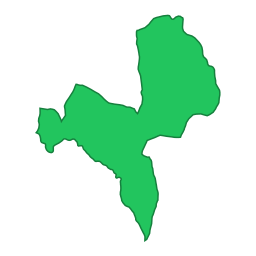 the district of Chongshing, Pemagatsel, Bhutan
{"feature_id": "84629894B45511376632903", "entity_name": "Chongshing", "entity_type": "district", "adm_level": 2, "iso_a3": "BTN", "parent_name": "Bhutan", "parent_adm1": "Pemagatsel", "projection": "equal_earth", "projection_center": [91.349, 26.998], "detail": "fine", "context": "isolated", "style": "filled", "palette": "green", "viewbox_px": 256, "rotation_deg": 0, "n_neighbors": 0, "source": "geoboundaries", "source_scale": "gbopen_adm2", "svg_char_len": 5049}
<svg xmlns="http://www.w3.org/2000/svg" viewBox="0 0 256 256"><path d="M36.2,132.7L37.5,133.3L38.3,133.6L39.0,134.1L39.5,134.9L39.9,135.7L40.2,136.6L40.4,137.6L40.6,138.6L40.7,139.6L40.7,140.5L41.0,141.5L41.5,142.3L42.2,142.7L43.1,143.0L43.8,143.3L44.6,143.5L45.3,143.9L45.6,144.9L45.6,145.9L45.5,146.9L45.7,147.8L46.1,148.7L46.4,149.6L47.0,150.4L47.6,151.0L48.2,151.6L48.9,152.0L49.7,152.3L50.5,152.5L51.4,152.6L52.2,152.3L52.8,151.8L53.3,150.9L53.3,149.9L53.3,148.9L53.3,147.9L53.3,146.9L53.7,146.1L54.4,145.5L55.1,145.0L55.8,144.6L56.6,144.2L57.3,143.8L58.1,143.4L58.9,143.0L59.6,142.5L60.3,142.0L61.0,141.5L61.7,141.0L62.4,140.4L63.0,139.7L63.6,139.1L65.0,138.8L66.1,139.2L67.8,140.0L68.6,140.2L69.5,140.3L70.3,140.2L71.1,139.9L71.8,139.5L72.6,139.1L73.4,139.1L74.3,139.2L75.0,139.6L75.4,140.4L76.1,141.0L76.8,141.6L77.2,142.5L77.5,143.4L77.7,144.4L77.8,145.4L78.4,146.0L79.2,145.9L80.0,145.8L80.8,145.7L81.7,145.7L82.4,146.1L82.8,147.0L83.1,147.9L83.4,148.9L84.1,149.7L85.3,150.9L86.6,152.7L87.4,153.5L88.0,154.0L88.7,154.6L89.3,155.3L89.8,156.1L90.3,156.8L91.0,157.4L91.7,158.0L92.4,158.5L93.1,159.0L93.7,159.6L94.3,160.4L94.8,160.9L95.4,161.3L96.2,161.4L97.0,161.3L97.8,161.2L98.7,161.3L99.5,161.4L100.3,161.7L100.9,162.3L101.6,163.0L103.0,164.4L103.8,164.8L104.6,165.0L105.5,165.3L106.3,165.6L106.9,166.1L107.5,167.0L108.0,167.7L108.6,168.2L109.4,168.6L110.1,169.1L110.9,169.5L111.7,169.5L112.5,169.8L113.1,170.4L113.4,171.1L113.7,171.9L114.1,172.8L114.8,173.3L115.5,173.7L116.1,174.4L116.1,175.4L115.8,176.3L115.8,177.3L116.4,178.0L117.2,177.9L118.0,177.5L118.8,177.3L119.6,177.4L120.3,177.8L121.0,178.4L121.3,179.2L120.6,180.6L120.4,181.8L120.5,182.8L120.6,183.8L120.6,184.6L120.8,186.0L120.9,188.3L120.8,190.2L120.4,192.1L120.4,193.3L120.3,194.2L120.9,196.7L121.3,198.1L121.6,199.4L121.7,200.4L122.1,201.2L123.1,202.9L125.3,205.5L127.4,206.5L128.8,206.9L129.7,207.8L130.6,208.8L132.1,210.9L133.3,212.3L133.8,212.9L134.4,214.7L135.0,216.1L135.7,218.1L135.8,219.8L136.5,221.0L137.6,222.1L138.3,222.9L139.1,224.1L140.1,226.2L141.0,228.3L142.6,231.4L143.5,233.2L144.2,234.4L145.0,236.6L144.9,240.6L146.7,239.4L148.0,236.7L148.6,235.5L149.2,234.2L149.6,233.4L149.9,230.5L150.1,229.5L150.7,227.1L151.6,223.7L151.8,220.7L151.9,218.6L152.2,216.6L152.9,215.1L153.4,213.8L154.6,209.8L156.1,206.5L156.2,205.3L156.3,203.7L157.0,202.0L157.4,200.9L157.9,200.2L157.9,198.6L158.0,195.9L158.1,194.0L158.0,192.6L157.5,190.7L157.0,189.5L156.6,186.9L156.3,184.7L156.0,183.4L155.6,180.8L155.2,178.5L154.7,177.1L153.8,175.4L153.5,174.5L153.1,171.8L153.0,170.9L152.7,168.5L152.0,166.6L151.9,165.2L151.6,161.8L151.1,160.2L149.9,158.7L149.2,157.1L148.5,157.1L147.5,157.2L144.8,156.2L143.9,155.8L143.2,155.3L141.9,154.2L142.1,152.0L142.6,150.3L144.0,147.4L145.5,144.1L146.4,142.3L147.1,140.5L148.6,139.9L151.4,138.8L154.6,137.6L157.9,136.1L160.1,135.2L162.8,135.6L166.9,136.3L171.2,136.8L174.5,137.3L176.7,137.4L178.8,137.4L180.5,137.2L181.2,135.1L183.1,131.8L184.3,129.2L184.4,128.4L185.5,125.8L186.4,122.5L188.9,118.6L193.1,114.7L196.2,114.1L201.0,113.9L202.5,114.4L204.6,115.0L207.2,115.7L209.6,114.6L213.1,112.3L215.6,108.8L216.3,107.1L217.6,105.1L218.8,102.8L219.1,99.6L219.2,98.2L219.8,95.0L219.8,92.3L219.5,90.3L216.9,85.8L215.7,83.6L215.6,80.5L214.8,76.5L214.5,72.4L214.5,70.0L213.8,68.4L212.9,67.2L211.6,66.4L209.1,65.9L207.8,64.5L207.5,62.6L206.7,59.9L205.5,58.5L203.5,56.7L202.7,54.3L202.5,50.6L201.9,47.3L200.6,44.6L199.1,42.5L196.4,39.6L194.8,37.9L191.9,36.0L189.6,35.3L187.0,34.5L186.0,33.7L183.5,31.3L182.6,28.5L182.5,26.9L182.9,21.3L183.1,19.1L182.6,17.7L181.9,17.6L180.4,16.4L179.7,16.3L178.4,16.1L175.7,17.2L174.1,18.7L173.0,19.3L172.0,19.1L171.2,18.4L170.2,16.8L169.4,15.7L167.8,15.4L167.1,15.5L165.2,15.7L163.2,15.9L162.3,16.1L160.8,16.5L158.8,17.0L156.6,17.5L153.7,18.6L150.8,21.9L148.9,24.4L147.9,25.2L145.0,27.7L141.2,29.1L139.7,29.6L138.5,30.3L137.8,30.4L137.1,30.4L136.5,31.8L136.5,33.0L136.5,35.1L136.6,36.4L137.2,38.5L136.7,41.6L136.6,44.0L137.3,45.4L137.7,46.7L138.0,48.3L138.4,50.1L138.7,52.0L138.9,52.8L139.0,53.9L139.5,56.9L139.4,59.1L139.2,60.8L139.1,61.7L138.6,65.2L138.3,66.8L138.2,69.2L139.1,71.9L139.8,73.6L140.4,75.3L140.6,76.0L141.6,83.8L142.3,89.8L141.4,91.5L141.2,92.4L141.5,93.9L142.5,96.3L142.6,98.4L142.6,99.8L142.3,101.7L142.1,103.1L142.0,104.0L139.9,107.9L138.9,110.7L137.6,113.6L135.8,111.9L134.3,108.9L132.9,108.4L130.0,107.2L126.7,107.1L123.0,105.4L119.1,104.7L114.8,104.2L110.4,103.4L109.3,103.1L108.6,102.9L106.5,101.3L104.1,99.1L101.6,96.5L98.5,93.8L94.8,91.8L90.8,89.4L86.7,87.2L82.6,85.3L79.9,85.3L79.0,85.0L78.2,84.9L77.4,84.5L76.1,84.3L75.1,86.5L74.1,89.3L72.9,91.8L71.2,94.4L69.4,97.3L66.5,101.5L65.4,103.8L64.5,106.0L64.6,107.3L64.9,108.5L65.1,110.1L65.2,111.4L65.3,113.2L65.5,115.4L62.8,119.3L61.4,121.4L61.2,120.5L60.3,118.3L58.6,114.8L58.3,114.0L57.2,112.7L56.2,111.6L55.2,110.6L54.3,109.8L52.8,109.3L50.4,108.9L47.5,109.5L40.0,108.3L40.1,110.6L40.1,113.6L39.7,115.8L38.8,118.3L38.5,121.2L39.0,122.8L39.3,124.8L38.8,128.0L37.6,130.8L36.2,132.7Z" fill="#22c55e" stroke="#15803d" stroke-width="1.5"/></svg>